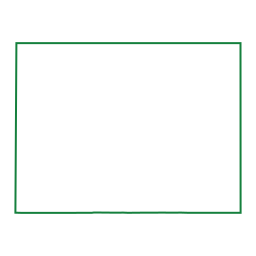 outline of Jackson, Minnesota, United States of America
{"feature_id": "52423323B81129641248246", "entity_name": "Jackson", "entity_type": "district", "adm_level": 2, "iso_a3": "USA", "parent_name": "United States of America", "parent_adm1": "Minnesota", "projection": "equal_earth", "projection_center": [-95.1, 43.674], "detail": "fine", "context": "isolated", "style": "outline", "palette": "green", "viewbox_px": 256, "rotation_deg": 0, "n_neighbors": 0, "source": "geoboundaries", "source_scale": "gbopen_adm2", "svg_char_len": 533}
<svg xmlns="http://www.w3.org/2000/svg" viewBox="0 0 256 256"><path d="M240.6,212.8L240.5,43.1L238.6,43.1L150.2,43.1L148.2,43.1L16.4,43.1L15.4,212.7L22.9,212.9L23.0,212.9L40.4,212.9L45.1,212.9L45.3,212.9L91.8,212.8L94.1,212.5L105.3,212.6L118.3,212.7L123.0,212.6L127.8,212.8L140.0,212.7L142.9,212.7L165.6,212.6L165.9,212.7L173.3,212.7L180.7,212.6L188.1,212.8L195.6,212.8L203.1,212.8L210.6,212.8L218.0,212.8L228.3,212.8L233.2,212.8L233.8,212.8L238.5,212.8L239.4,212.8L240.6,212.8Z" fill="none" stroke="#15803d" stroke-width="2"/></svg>